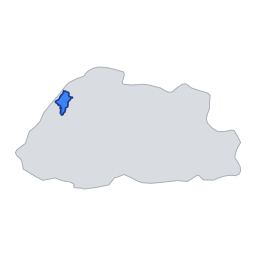 Lingzhi, Thimphu, Bhutan shown in context
{"feature_id": "84629894B27287561268619", "entity_name": "Lingzhi", "entity_type": "district", "adm_level": 2, "iso_a3": "BTN", "parent_name": "Bhutan", "parent_adm1": "Thimphu", "projection": "orthographic", "projection_center": [89.464, 27.839], "detail": "fine", "context": "in_parent", "style": "filled", "palette": "blue", "viewbox_px": 256, "rotation_deg": 0, "n_neighbors": 0, "source": "geoboundaries", "source_scale": "gbopen_adm2", "svg_char_len": 4461}
<svg xmlns="http://www.w3.org/2000/svg" viewBox="0 0 256 256"><path d="M209.6,107.5L209.3,109.3L207.4,113.9L206.3,118.9L207.4,122.9L211.7,127.7L217.5,131.5L224.8,131.6L231.5,130.0L234.2,130.6L237.9,137.0L240.6,142.5L237.2,148.4L235.4,153.5L234.8,157.1L235.3,158.7L237.5,161.5L240.1,166.4L240.6,171.0L239.0,174.1L235.6,175.7L231.9,175.3L228.8,175.4L225.0,176.0L219.1,177.8L213.6,180.1L203.2,179.9L198.9,175.4L196.9,175.4L187.6,181.4L177.2,180.6L158.4,182.7L150.6,183.3L142.5,182.7L138.4,181.5L130.8,177.5L123.9,174.5L116.9,177.3L114.4,177.8L108.9,184.9L96.7,187.3L84.6,189.0L81.0,188.1L74.1,187.7L73.9,186.0L74.1,184.4L72.5,183.2L69.7,181.9L65.0,181.3L58.9,179.6L55.3,177.9L42.9,180.3L35.7,176.6L27.4,171.5L23.3,169.2L21.8,161.4L20.4,158.8L17.2,156.1L15.4,153.0L16.8,149.8L25.0,143.8L25.7,142.4L29.5,131.2L34.8,127.1L40.0,121.5L43.9,112.5L51.4,103.3L59.7,93.8L65.4,86.1L69.1,82.5L76.9,78.6L83.4,76.4L87.8,71.2L93.2,68.3L98.8,67.0L107.0,67.6L114.8,69.4L123.3,71.9L124.3,74.0L123.6,77.7L122.4,81.4L122.4,83.3L123.7,84.3L132.0,85.0L142.2,84.3L148.0,84.8L160.8,88.1L164.5,90.4L168.5,92.2L172.3,91.9L177.0,87.8L182.1,84.4L185.2,83.8L187.5,84.9L191.6,88.0L200.1,90.9L207.6,93.0L210.1,95.2L209.4,104.4L209.6,107.5Z" fill="#d9dde1" stroke="#a8b0b8" stroke-width="1"/><path d="M69.0,93.4L68.9,93.2L68.9,92.9L68.8,92.7L68.7,92.6L68.6,92.4L68.4,92.2L68.1,92.2L67.7,92.2L67.2,92.2L66.9,92.0L66.7,91.9L66.4,91.8L66.1,91.5L65.6,91.1L65.4,91.1L65.1,91.1L64.9,91.2L64.4,91.2L64.0,91.2L63.9,90.8L63.7,90.7L63.6,90.9L63.5,91.1L63.5,91.3L63.4,91.4L63.4,91.5L63.4,91.9L63.4,92.0L63.5,92.1L63.4,92.2L63.4,92.4L63.3,92.5L63.2,92.8L63.0,93.0L62.9,93.2L62.7,93.2L62.6,93.3L62.5,93.6L62.5,93.9L62.5,94.0L62.3,94.2L62.3,94.3L62.3,94.5L62.1,94.7L61.8,94.7L61.6,94.7L61.5,94.8L61.3,94.9L61.2,95.0L61.1,95.3L60.9,95.5L60.7,95.6L60.7,95.8L60.8,96.0L60.8,96.3L60.6,96.5L60.1,96.6L59.9,96.8L59.8,97.1L59.8,97.3L59.8,97.5L59.6,97.8L59.4,98.1L59.4,98.3L59.4,98.5L59.2,98.8L58.9,99.1L58.7,99.2L58.6,99.3L58.4,99.4L58.3,99.6L58.1,99.8L58.0,100.1L57.9,100.2L57.6,100.2L57.3,100.3L57.2,100.3L57.0,100.5L56.9,100.5L56.6,100.6L56.2,100.8L55.9,101.0L55.7,101.2L55.6,101.3L55.5,101.7L55.4,101.7L55.3,101.9L55.4,102.1L55.6,102.4L55.7,102.6L55.8,102.7L56.0,102.7L56.2,102.8L56.7,103.2L57.0,103.5L57.3,103.7L57.6,103.7L57.6,103.8L57.5,104.0L58.0,104.7L58.1,104.9L58.2,104.7L58.3,104.7L58.5,104.7L58.9,104.8L59.0,104.8L59.1,105.0L59.3,105.3L59.6,105.5L59.8,105.7L60.1,105.6L60.2,105.8L60.3,105.8L60.5,105.9L60.6,106.0L60.4,106.5L60.6,106.7L60.5,107.0L60.7,107.3L60.8,107.4L60.5,107.7L60.4,107.8L60.1,107.9L60.0,108.0L60.3,108.2L60.4,108.3L60.5,108.3L61.0,108.5L61.3,108.4L61.5,108.4L61.4,108.7L61.1,108.9L60.9,109.1L60.7,109.1L60.5,109.4L60.5,109.5L60.8,109.6L60.8,109.8L60.8,110.0L60.7,110.1L60.8,110.4L60.7,110.8L60.8,110.9L60.6,111.1L60.6,111.3L60.7,111.5L60.5,111.8L60.4,111.9L60.3,112.0L60.5,112.2L60.5,112.3L60.6,112.6L60.7,112.8L60.6,113.0L60.4,113.1L60.4,113.4L60.4,113.5L60.6,113.7L61.0,113.9L61.0,114.0L61.2,114.3L61.3,114.7L61.4,114.9L61.5,115.0L61.8,115.1L62.1,115.0L62.2,114.8L62.3,114.9L62.5,114.9L62.8,114.7L63.0,114.5L63.2,114.4L63.3,114.3L63.3,114.2L63.2,114.2L63.1,113.9L63.3,113.4L63.4,113.2L63.5,112.9L64.0,112.7L64.4,112.6L64.6,112.5L64.8,112.1L64.8,111.7L65.1,111.3L65.2,111.0L65.1,110.9L65.1,110.7L65.1,110.3L65.1,110.2L65.3,110.0L65.5,109.9L65.5,109.7L65.5,109.4L65.5,109.2L65.5,108.8L65.4,108.7L65.5,108.4L65.5,108.0L65.5,107.9L65.8,107.8L66.0,107.7L66.5,107.5L66.8,107.4L67.0,107.2L67.3,107.0L67.5,107.0L67.6,106.9L67.8,106.7L67.7,106.5L67.7,106.3L67.7,106.2L67.8,106.1L67.9,105.9L67.8,105.7L67.9,105.3L67.8,105.2L68.0,104.8L68.1,104.7L68.2,104.3L68.2,104.2L68.2,103.8L68.1,103.7L67.9,103.4L67.9,103.1L67.7,102.8L67.7,102.6L67.9,102.6L68.1,102.4L68.3,102.1L68.4,101.8L68.3,101.7L68.6,101.5L68.7,101.4L68.8,101.3L68.9,101.2L69.0,101.1L69.2,100.9L69.2,100.6L69.3,100.5L69.4,100.4L69.5,100.3L69.7,100.2L69.8,100.1L70.0,100.0L70.0,99.9L70.3,99.8L70.3,99.7L70.6,99.2L70.6,98.9L70.6,98.7L70.8,98.5L71.0,98.3L71.1,98.2L71.3,98.2L71.5,98.1L71.8,98.1L72.1,98.0L72.4,97.9L72.5,97.8L72.5,97.7L72.6,97.4L72.5,97.2L72.4,97.2L72.2,97.2L71.9,97.2L71.7,97.1L70.9,97.0L70.6,97.0L70.4,97.0L70.3,96.9L70.2,96.8L70.2,96.7L69.9,96.6L69.6,96.7L69.4,96.6L69.3,96.4L69.2,96.3L69.1,96.2L68.8,96.1L68.8,95.9L68.7,95.7L68.8,95.6L68.7,95.5L68.7,95.4L68.7,95.1L68.8,95.0L68.8,94.9L68.9,94.7L69.0,94.5L68.9,94.4L69.0,94.2L69.0,93.9L69.0,93.7L69.0,93.4Z" fill="#3b82f6" stroke="#1e3a8a" stroke-width="1.5"/></svg>